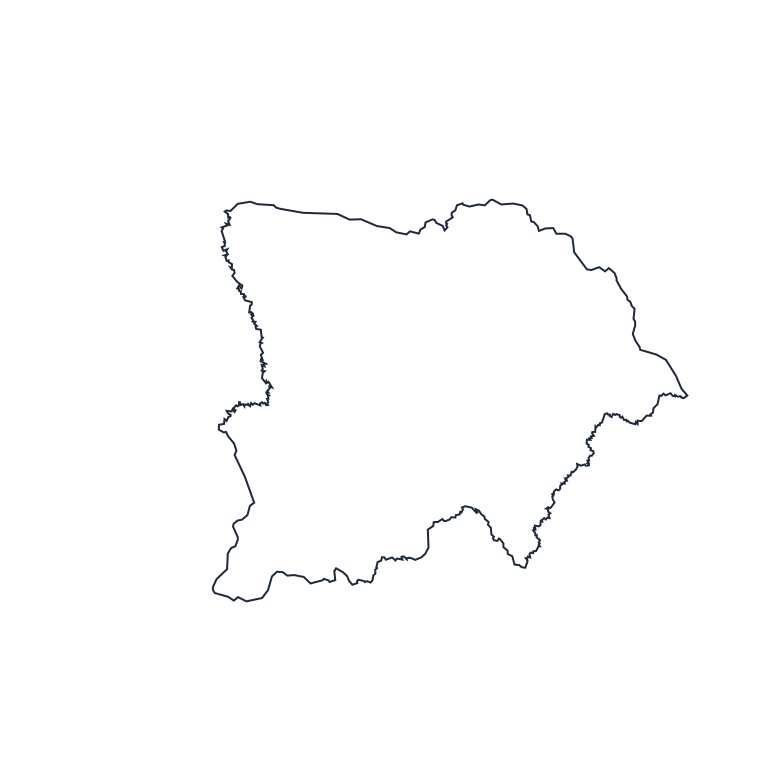 the district of Kuchinarai, Kalasin, Thailand, rotated 328°
{"feature_id": "78962969B96720731529484", "entity_name": "Kuchinarai", "entity_type": "district", "adm_level": 2, "iso_a3": "THA", "parent_name": "Thailand", "parent_adm1": "Kalasin", "projection": "equal_earth", "projection_center": [103.988, 16.535], "detail": "fine", "context": "isolated", "style": "outline", "palette": "slate", "viewbox_px": 768, "rotation_deg": 328, "n_neighbors": 0, "source": "geoboundaries", "source_scale": "gbopen_adm2", "svg_char_len": 6142}
<svg xmlns="http://www.w3.org/2000/svg" viewBox="0 0 768 768"><g transform="rotate(328 384 384)"><path d="M141.9,488.1L147.3,487.4L152.1,495.4L167.2,500.9L176.5,497.3L187.0,487.8L193.7,486.5L198.5,490.0L200.5,495.3L206.5,498.4L213.7,505.1L216.0,514.2L227.9,517.9L229.8,517.4L232.7,521.0L233.0,523.1L238.7,524.5L242.7,516.4L245.7,514.9L249.5,522.0L250.9,527.3L250.1,532.4L250.8,537.5L255.8,538.7L256.6,536.9L258.6,536.5L262.8,540.7L262.8,541.8L265.1,542.2L267.5,545.3L270.3,544.3L273.6,540.7L276.2,540.2L278.1,536.9L280.6,536.4L280.3,535.5L284.2,531.6L288.0,532.3L290.5,529.8L292.4,531.2L292.5,534.0L299.0,535.4L300.2,539.7L302.5,538.9L306.6,542.7L307.0,540.0L308.1,540.0L309.5,540.9L310.4,544.6L310.9,543.7L314.1,545.2L317.3,549.7L323.9,550.8L328.9,549.9L335.0,546.4L344.0,530.7L350.5,530.5L353.0,527.5L356.5,529.5L362.0,529.5L362.2,531.8L364.0,533.0L368.0,533.7L370.3,532.6L373.8,535.0L375.4,533.3L379.1,534.7L380.9,532.8L381.7,534.0L384.5,532.2L384.7,530.1L388.1,530.7L392.9,535.3L394.2,542.4L395.2,542.3L395.7,539.1L397.4,541.7L397.5,546.1L398.9,549.4L398.0,551.8L399.6,556.4L397.6,558.5L398.4,562.6L395.3,568.7L396.3,571.8L394.5,572.6L394.6,574.9L397.1,577.2L399.6,576.0L400.2,577.1L400.8,582.5L398.8,585.6L400.5,590.7L398.9,593.7L401.5,598.1L399.0,606.3L402.7,609.2L403.7,612.4L406.5,614.7L412.0,610.2L412.0,607.0L413.1,607.9L414.4,606.6L416.0,608.5L417.1,605.6L418.9,604.7L420.8,606.4L421.9,605.0L424.5,606.2L429.3,603.4L430.1,604.0L429.9,602.5L431.6,601.7L431.1,600.5L433.6,599.0L432.1,594.9L433.5,593.4L432.2,592.4L433.2,591.2L433.0,587.3L433.8,587.8L434.7,585.9L435.4,587.3L436.9,584.1L439.8,586.7L441.6,586.8L444.4,583.1L445.3,584.5L445.9,583.1L448.8,582.6L449.4,584.6L451.8,583.9L453.2,585.4L454.3,581.9L456.5,581.7L455.6,579.5L456.5,576.3L455.7,575.6L458.1,575.5L458.3,577.0L459.7,577.3L465.7,575.0L466.1,571.0L467.2,568.5L468.4,568.5L468.3,566.7L469.4,567.0L469.2,565.7L470.0,566.9L471.2,565.1L474.2,564.6L475.6,566.7L477.8,566.3L479.5,563.7L481.9,563.5L481.9,562.4L484.5,564.2L484.8,562.7L487.2,562.7L487.4,560.9L488.1,562.2L488.6,560.4L491.1,560.6L491.5,559.0L493.7,560.5L496.6,557.9L497.7,559.0L501.6,558.2L504.4,556.5L505.4,554.2L507.7,557.6L511.6,558.6L511.9,560.3L514.7,561.6L515.6,560.3L514.6,558.9L515.8,558.7L515.9,556.9L517.4,557.5L518.2,555.2L520.9,554.0L522.2,555.0L525.2,553.8L525.9,551.8L524.1,549.6L525.5,548.1L524.1,545.5L525.4,544.1L524.3,541.9L526.6,538.7L529.3,540.7L529.4,538.9L531.4,539.9L531.7,538.1L534.6,539.2L534.3,536.1L535.1,535.2L537.7,536.5L540.9,532.0L541.1,533.2L543.9,532.3L545.2,533.3L546.2,531.7L548.4,532.2L555.3,526.5L557.7,527.2L557.9,528.8L559.3,529.7L558.5,530.8L559.5,532.7L562.5,530.8L563.9,532.9L565.1,532.6L567.3,535.3L566.5,536.8L567.1,538.2L568.8,538.0L568.5,541.7L570.6,542.8L570.1,544.3L571.3,544.6L571.8,546.8L575.8,551.3L577.4,549.7L577.9,552.2L579.6,549.5L582.8,552.0L589.9,550.0L593.7,552.4L593.9,551.0L597.0,550.7L599.8,547.3L605.2,546.1L611.4,539.8L612.7,541.0L615.9,540.3L616.7,542.8L622.1,543.7L622.5,546.9L624.3,548.7L625.1,547.6L626.3,550.2L629.2,551.7L628.9,552.9L630.6,554.8L635.1,554.5L633.8,545.4L635.9,532.0L635.9,513.0L630.8,503.6L619.4,490.8L620.4,488.0L620.1,481.0L621.5,473.4L627.8,467.7L629.9,464.4L630.2,460.9L636.3,453.1L635.5,449.2L636.4,444.8L635.2,441.6L636.5,438.2L635.5,429.4L636.1,419.2L637.2,417.9L638.3,412.1L636.1,404.9L631.2,405.6L628.3,398.9L620.3,397.3L616.8,394.2L615.1,373.0L620.8,361.0L620.8,358.0L617.4,352.7L609.8,347.9L610.2,341.5L603.3,337.6L596.5,336.3L597.9,331.6L596.8,325.9L595.0,324.3L597.2,318.1L595.5,316.2L597.6,311.2L596.1,306.0L589.1,299.4L578.6,293.9L573.7,285.2L571.6,284.4L564.1,285.9L559.4,281.9L550.5,278.8L546.1,273.8L546.3,272.4L540.5,271.1L536.6,274.5L532.2,274.7L530.7,276.8L530.6,279.1L522.8,279.2L522.0,280.2L522.4,281.7L520.8,282.3L520.8,284.8L516.8,285.9L517.6,281.1L513.7,275.0L513.9,271.6L512.3,270.1L504.8,269.0L501.8,272.5L497.0,272.3L493.2,274.9L486.9,268.3L482.4,269.1L474.8,261.9L471.5,254.8L461.7,246.3L451.8,232.1L442.0,226.4L434.6,215.1L405.9,195.8L388.9,180.5L386.0,177.3L385.2,173.9L371.9,164.4L367.2,158.6L355.5,153.7L345.5,155.9L342.3,153.3L340.3,153.4L341.8,157.2L340.1,160.2L341.7,160.6L341.8,161.8L338.2,163.1L337.4,167.1L335.0,164.3L335.1,166.5L329.3,165.2L329.8,166.8L327.3,168.4L324.6,179.2L323.5,178.8L323.6,180.4L322.0,182.6L319.0,181.9L318.4,185.9L322.4,186.7L320.4,187.7L320.3,191.3L316.8,190.4L318.0,191.9L316.6,192.7L315.9,196.3L317.7,196.9L316.8,198.3L318.6,201.8L316.6,204.8L315.6,203.6L315.7,206.4L317.2,207.7L316.2,210.6L312.7,211.9L313.6,219.5L316.0,225.6L313.8,227.5L313.1,223.7L310.2,225.2L311.3,226.4L310.5,228.5L311.7,229.5L310.5,231.9L312.9,233.7L312.1,235.1L313.7,237.0L310.8,235.8L310.5,239.4L315.3,244.6L313.7,246.6L312.0,246.6L307.7,251.7L309.4,252.6L310.1,254.8L309.6,256.4L308.3,255.1L308.5,257.2L306.7,257.6L306.8,260.5L305.7,261.4L307.9,263.1L305.8,264.1L307.0,267.4L305.4,267.3L304.8,269.6L308.3,272.7L305.0,279.6L305.8,280.5L300.8,282.5L302.1,284.5L300.4,284.4L298.6,286.2L298.0,293.4L295.0,294.0L293.9,299.1L292.8,297.9L291.4,299.2L294.5,304.3L292.4,303.6L292.0,305.6L290.4,303.2L289.2,306.9L287.4,307.9L289.6,309.9L287.2,310.2L283.6,314.4L284.3,320.5L285.8,319.3L285.6,321.0L287.2,321.0L287.2,327.6L285.5,325.4L284.7,327.1L281.3,328.1L281.5,330.1L279.7,328.9L279.3,330.4L280.4,332.8L279.3,332.6L278.2,335.2L277.0,334.6L276.2,338.1L274.4,338.6L274.4,340.3L272.9,339.5L272.9,336.8L271.2,336.6L270.9,334.8L268.4,335.0L267.8,336.6L263.9,331.6L261.8,332.0L261.2,329.8L258.7,331.9L258.0,330.1L258.7,328.2L257.4,329.5L254.9,327.6L253.8,328.9L253.8,326.5L251.5,325.9L252.2,323.2L251.5,322.6L249.5,325.4L247.9,325.3L247.3,323.7L243.1,325.0L244.2,327.6L242.5,328.5L242.3,325.1L240.2,326.5L236.4,323.4L236.1,326.1L237.6,328.9L236.7,330.0L234.7,329.4L230.9,331.9L230.2,329.2L227.1,333.1L222.5,331.1L219.7,335.2L222.5,340.2L224.6,340.9L224.1,345.7L225.3,355.1L223.5,362.3L219.7,365.0L216.8,389.2L211.0,415.9L205.8,416.2L198.7,422.8L191.8,423.8L187.4,422.2L182.5,422.8L180.4,424.9L178.8,436.6L177.3,438.8L171.9,442.8L167.4,442.1L161.6,445.1L152.8,457.9L138.7,460.7L131.1,465.7L129.7,468.4L129.8,471.7L139.0,481.8L141.9,488.1Z" fill="none" stroke="#1e293b" stroke-width="2"/></g></svg>